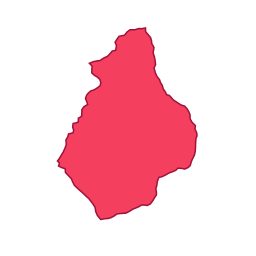 the district of Pontalinda, São Paulo, Brazil, rotated 131°
{"feature_id": "56859067B7961843584792", "entity_name": "Pontalinda", "entity_type": "district", "adm_level": 2, "iso_a3": "BRA", "parent_name": "Brazil", "parent_adm1": "São Paulo", "projection": "albers", "projection_center": [-50.529, -20.453], "detail": "fine", "context": "isolated", "style": "filled", "palette": "rose", "viewbox_px": 256, "rotation_deg": 131, "n_neighbors": 0, "source": "geoboundaries", "source_scale": "gbopen_adm2", "svg_char_len": 1863}
<svg xmlns="http://www.w3.org/2000/svg" viewBox="0 0 256 256"><g transform="rotate(131 128 128)"><path d="M104.5,199.6L104.9,195.6L107.7,193.6L110.2,191.4L110.3,188.0L109.7,184.7L109.8,181.2L111.6,178.2L114.5,176.8L118.2,177.6L121.5,178.6L124.4,180.4L127.8,180.9L130.4,180.7L133.6,179.5L135.2,176.4L136.7,173.9L140.7,175.2L144.4,174.9L147.2,172.5L149.7,170.7L153.2,171.9L156.0,169.5L158.4,170.7L160.6,172.4L163.7,170.3L165.2,167.7L167.6,166.3L171.5,169.0L174.3,167.6L177.8,167.0L181.0,163.7L184.4,162.4L188.3,161.2L191.9,160.6L195.4,159.9L199.2,159.6L199.4,156.7L202.3,155.5L201.3,151.8L199.9,148.7L202.6,146.1L203.0,142.1L203.5,137.3L204.8,134.9L206.5,130.6L206.7,124.8L206.7,120.2L206.9,115.8L207.0,111.4L207.7,107.7L208.5,104.1L209.5,100.8L212.2,97.6L214.1,93.7L215.0,88.6L211.6,85.9L209.5,83.8L206.6,81.9L203.4,80.7L200.0,79.9L196.4,76.5L193.6,73.7L189.8,72.2L186.1,71.1L181.2,68.6L177.1,67.1L175.3,65.0L173.8,62.6L170.6,61.3L166.4,61.6L163.0,62.3L159.9,62.6L157.8,64.4L155.5,67.2L152.3,68.6L149.4,70.7L144.9,72.3L142.7,70.5L139.0,68.9L135.2,67.6L131.6,65.6L128.7,64.2L125.6,64.0L123.3,61.0L121.7,58.2L118.4,56.7L115.5,56.4L112.6,57.8L109.6,58.9L105.1,60.0L101.7,61.8L98.5,64.2L95.5,66.7L91.3,69.9L88.7,70.7L86.6,72.9L84.8,76.8L82.0,78.7L81.6,83.7L80.1,87.5L77.6,89.5L75.9,92.6L74.8,95.9L74.3,99.6L75.8,103.1L76.4,107.2L77.1,112.3L76.6,115.3L76.3,118.1L77.5,120.7L76.2,123.7L75.4,127.0L73.3,130.2L72.5,133.0L70.8,136.0L70.1,139.9L68.4,143.6L65.5,147.8L62.0,148.8L59.6,151.5L57.1,154.5L54.9,158.3L50.2,161.2L48.7,165.4L46.5,167.8L44.9,170.4L44.4,173.6L43.7,178.0L41.0,180.4L44.2,183.0L45.8,185.1L49.4,187.3L52.5,190.9L56.2,191.7L60.2,191.5L64.7,194.9L68.2,194.6L71.8,194.0L73.3,190.8L77.5,188.3L80.3,190.4L84.6,190.3L87.7,190.6L90.0,191.8L92.7,192.7L95.5,193.4L97.5,195.3L100.7,197.7L104.5,199.6Z" fill="#f43f5e" stroke="#9f1239" stroke-width="1.5"/></g></svg>